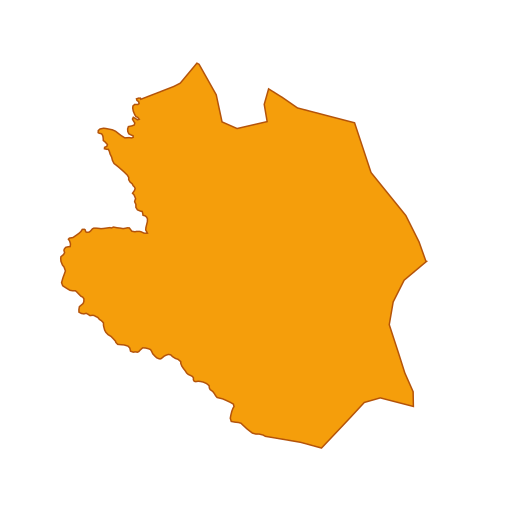 outline of Baghramyan, Armavir, Armenia, rotated 14°
{"feature_id": "60910142B80677227285928", "entity_name": "Baghramyan", "entity_type": "district", "adm_level": 2, "iso_a3": "ARM", "parent_name": "Armenia", "parent_adm1": "Armavir", "projection": "robinson", "projection_center": [43.725, 40.166], "detail": "fine", "context": "isolated", "style": "filled", "palette": "amber", "viewbox_px": 512, "rotation_deg": 14, "n_neighbors": 0, "source": "geoboundaries", "source_scale": "gbopen_adm2", "svg_char_len": 3731}
<svg xmlns="http://www.w3.org/2000/svg" viewBox="0 0 512 512"><g transform="rotate(14 256 256)"><path d="M105.7,130.8L103.9,131.2L102.0,132.4L102.8,133.8L104.4,134.5L104.8,134.7L105.7,136.4L104.7,137.6L103.7,137.8L101.6,138.3L100.3,140.2L100.6,142.3L101.8,145.0L104.0,148.0L105.7,149.7L107.7,150.1L109.6,151.6L107.9,152.6L105.9,151.8L103.4,151.1L103.0,153.0L104.1,154.3L105.6,155.7L106.2,156.2L106.2,158.3L105.5,158.8L103.9,159.9L100.9,161.3L100.7,163.8L101.5,166.3L102.1,167.0L103.0,168.2L105.2,168.7L107.7,169.1L108.2,170.5L106.7,171.6L104.3,171.8L100.5,173.0L100.1,173.1L95.8,171.7L89.5,168.9L86.1,168.3L79.5,168.6L77.2,168.9L73.9,170.5L72.6,172.4L73.0,174.5L74.1,174.8L76.6,174.8L77.8,175.9L78.1,176.3L78.6,177.1L79.3,178.9L79.9,180.9L81.9,181.8L84.9,183.8L84.7,185.7L82.8,187.2L83.0,188.6L85.5,188.6L86.9,188.2L88.3,189.8L89.8,192.4L92.0,195.0L93.6,198.0L95.9,200.6L100.6,202.7L107.4,206.2L111.5,208.6L113.5,210.6L114.0,212.7L115.9,214.7L118.4,215.9L119.9,217.6L121.1,218.2L122.4,219.7L122.3,221.3L122.0,222.5L121.0,225.0L122.8,226.1L124.4,228.2L125.4,229.7L125.1,230.8L125.1,232.7L127.0,235.0L127.7,237.9L129.8,239.9L133.0,240.4L134.8,240.3L135.9,242.3L136.5,243.8L138.9,243.9L140.5,244.8L141.7,246.2L142.3,249.0L142.3,255.0L142.7,257.5L143.9,258.7L145.1,260.1L143.8,260.5L141.8,260.9L140.8,260.7L138.6,260.3L137.0,260.3L134.0,261.1L132.7,261.8L129.5,262.0L126.3,259.4L124.5,259.7L122.5,260.7L120.4,261.6L117.4,261.8L114.6,262.2L110.7,262.4L108.9,263.8L107.4,263.8L104.6,264.9L101.6,266.1L99.0,267.0L97.0,267.2L94.5,267.6L91.9,268.2L90.7,269.2L89.4,271.8L88.3,273.2L86.1,274.0L84.8,273.6L84.0,272.0L83.0,271.6L81.0,272.2L80.2,274.6L78.9,276.6L76.8,279.1L73.9,282.4L70.6,283.8L69.9,285.1L71.4,286.4L72.6,288.3L72.8,288.6L73.2,289.8L73.4,291.8L71.2,292.6L69.2,293.7L68.4,295.5L68.3,295.8L68.3,297.0L69.5,299.1L68.9,301.1L66.9,303.9L67.1,305.6L68.0,308.3L70.4,311.6L72.4,313.1L74.7,316.6L74.3,320.7L74.0,323.3L73.9,324.7L73.8,328.9L75.6,331.6L76.6,332.0L80.5,333.3L83.8,334.3L86.4,334.1L89.2,333.4L90.9,334.3L93.6,336.0L95.9,337.4L97.8,337.8L99.4,339.2L100.0,341.9L99.7,344.0L98.4,345.8L96.9,347.9L97.1,350.8L97.8,353.3L100.5,354.0L103.0,353.8L105.1,352.7L106.9,353.1L109.3,354.0L111.7,353.1L113.2,352.9L115.4,353.5L117.4,353.9L119.4,355.4L121.7,356.2L124.1,357.7L124.9,360.5L127.0,364.4L128.8,366.4L131.5,368.1L134.8,369.1L137.7,370.9L140.2,372.6L141.0,373.8L143.2,375.2L145.9,374.8L149.5,374.2L153.6,374.4L155.8,375.8L157.3,378.7L160.2,379.0L162.1,378.2L164.3,378.0L165.4,377.1L166.4,375.2L168.3,372.5L171.0,372.0L174.1,372.0L176.3,372.3L177.8,373.8L179.5,375.9L182.1,377.6L184.3,378.8L187.0,379.2L188.5,378.8L189.6,377.5L191.2,375.3L193.0,373.8L194.8,372.7L197.1,372.5L199.3,373.8L202.6,374.9L205.3,375.1L206.9,375.9L208.5,376.7L209.1,378.6L210.7,380.8L212.9,382.8L215.0,384.4L217.0,386.3L218.9,387.3L221.7,387.8L223.5,388.3L224.7,389.3L225.2,391.3L226.4,392.5L227.9,392.5L230.2,391.5L232.5,391.2L235.2,391.1L238.8,391.7L241.8,393.1L242.7,395.4L243.8,396.7L246.8,397.9L248.8,399.5L250.7,401.4L252.5,402.7L258.2,402.7L261.3,403.2L266.5,404.2L269.9,405.2L271.1,407.5L270.5,409.2L270.1,412.5L270.1,416.4L270.3,419.7L272.0,422.5L275.7,422.3L279.3,421.8L281.9,421.9L284.3,423.3L289.0,425.9L292.3,427.4L295.3,428.7L298.8,428.8L302.2,428.0L303.2,428.0L306.2,428.0L308.7,428.7L344.2,426.0L366.0,426.5L384.5,393.7L396.5,371.9L410.9,363.6L445.1,363.9L441.3,349.7L428.7,333.5L417.5,315.3L401.9,290.4L400.2,267.4L405.6,243.6L422.8,219.9L422.0,219.8L410.8,202.9L391.6,180.5L347.4,147.2L319.4,102.9L298.7,102.7L260.4,102.3L243.8,96.0L227.8,90.8L227.3,106.9L234.3,122.9L206.8,136.9L190.6,134.1L178.4,109.2L154.4,83.8L152.0,83.2L140.7,106.6L135.2,111.4L106.3,131.8L105.7,130.8Z" fill="#f59e0b" stroke="#b45309" stroke-width="1.5"/></g></svg>